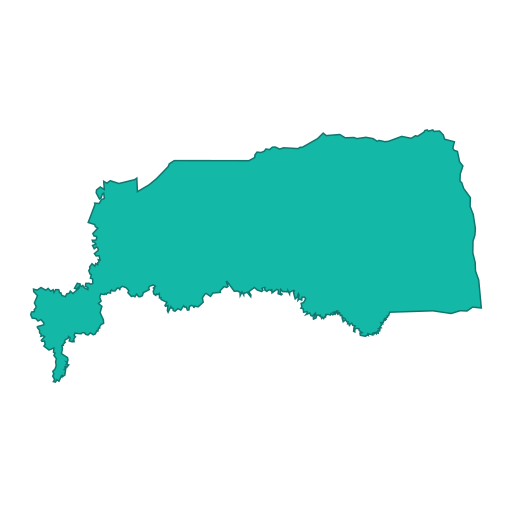 the district of Santuk, Kâmpóng Thum, Cambodia
{"feature_id": "14789045B50738302536957", "entity_name": "Santuk", "entity_type": "district", "adm_level": 2, "iso_a3": "KHM", "parent_name": "Cambodia", "parent_adm1": "Kâmpóng Thum", "projection": "natural_earth1", "projection_center": [105.23, 12.591], "detail": "fine", "context": "isolated", "style": "filled", "palette": "teal", "viewbox_px": 512, "rotation_deg": 0, "n_neighbors": 0, "source": "geoboundaries", "source_scale": "gbopen_adm2", "svg_char_len": 5945}
<svg xmlns="http://www.w3.org/2000/svg" viewBox="0 0 512 512"><path d="M481.3,308.0L478.7,280.0L475.5,271.0L475.2,262.6L472.8,252.9L473.0,241.1L474.9,235.2L475.4,228.6L473.2,214.4L470.1,206.4L470.4,197.7L463.7,188.5L461.8,182.8L460.0,181.0L460.2,174.1L462.9,166.0L459.6,161.8L457.4,151.4L454.3,150.4L452.8,148.3L454.4,141.8L444.6,139.2L443.3,135.0L439.5,131.0L433.9,131.4L432.8,129.9L428.3,131.2L427.3,129.9L424.9,130.5L423.9,132.2L417.5,136.3L415.5,135.7L411.2,138.3L401.7,136.4L388.5,141.3L384.9,141.7L379.0,140.4L377.2,141.3L373.1,138.6L365.9,137.3L356.9,138.6L353.9,137.5L345.2,137.8L339.7,134.5L326.2,135.6L323.2,133.1L317.5,138.7L302.1,147.4L300.2,147.2L298.1,148.6L283.4,147.8L279.7,149.1L275.3,147.0L272.4,147.2L269.5,149.6L265.9,149.0L264.3,151.2L261.1,152.5L257.0,152.1L255.0,154.8L254.7,157.5L248.9,160.7L174.3,160.6L169.3,163.8L168.3,166.5L156.6,178.6L149.1,184.8L137.4,191.7L136.8,178.1L134.8,179.6L119.0,183.5L110.2,180.7L106.9,183.2L103.7,181.3L104.3,189.5L100.3,187.0L96.5,190.0L96.2,192.8L99.5,199.0L100.8,198.3L102.6,193.6L103.7,193.2L104.4,198.4L101.4,199.7L99.2,203.5L94.7,203.1L95.0,204.5L88.2,222.5L94.7,224.5L95.3,226.6L97.8,228.1L92.8,233.6L94.0,236.0L96.0,236.3L96.9,237.7L95.8,240.2L92.2,240.2L92.8,241.9L94.6,242.3L95.9,244.2L92.5,245.4L94.2,248.8L96.7,246.9L98.1,248.4L98.2,250.4L94.4,253.6L96.2,256.0L99.0,255.7L100.1,260.1L98.3,259.7L99.0,261.8L97.6,262.9L97.7,264.7L95.7,263.6L94.8,266.2L92.0,263.7L89.6,267.0L90.0,268.4L88.8,270.6L90.0,274.0L91.3,274.5L90.4,278.2L92.6,278.9L92.8,283.4L90.8,284.3L89.2,283.3L85.8,283.4L85.4,286.1L88.0,287.7L87.8,289.6L84.5,287.9L82.8,285.5L81.5,286.5L80.2,285.6L80.1,284.0L77.3,283.3L74.5,288.3L76.4,289.0L79.3,286.4L79.0,288.2L72.9,293.5L70.3,291.1L69.4,293.2L66.8,293.8L65.4,296.6L61.9,295.5L60.8,292.8L59.6,292.7L58.7,289.7L55.6,289.6L54.0,292.5L53.1,289.7L50.7,291.2L48.1,288.4L45.8,290.2L41.0,287.5L37.2,290.1L33.5,289.1L33.7,291.6L37.5,295.6L34.4,303.0L36.1,306.4L35.8,307.9L34.3,309.5L34.4,311.6L31.6,312.0L30.7,314.6L32.2,318.1L35.9,318.6L38.0,321.0L41.0,319.6L44.0,323.3L43.7,324.8L37.4,326.6L37.4,327.6L39.5,330.2L39.6,332.9L41.4,334.6L40.8,336.3L43.1,335.7L44.6,336.7L41.3,340.3L41.9,341.3L44.5,341.2L45.1,344.2L43.9,346.1L49.0,350.0L53.9,348.0L53.5,352.3L55.1,353.1L53.9,355.4L56.4,358.7L55.6,361.8L56.2,365.6L55.1,369.0L52.8,371.3L53.8,373.9L52.7,376.1L54.6,379.5L53.4,381.6L55.5,382.1L56.8,379.8L59.0,381.2L61.3,376.1L62.0,377.0L62.5,375.5L63.2,376.2L64.8,375.1L65.6,369.7L64.4,369.4L65.3,368.7L65.1,367.3L65.7,367.8L66.0,366.6L66.6,367.5L68.7,364.9L66.3,364.2L67.4,362.9L66.4,361.9L67.2,362.1L68.0,360.1L67.5,357.6L61.4,353.6L62.5,348.7L61.9,345.6L63.2,345.4L62.8,344.7L65.2,342.3L64.4,341.7L65.3,339.7L68.1,338.3L68.5,336.5L70.1,337.9L69.2,340.9L71.9,341.8L72.9,340.5L72.5,341.7L74.1,341.7L73.8,338.7L75.5,336.8L74.2,335.6L74.9,333.2L81.1,333.8L82.2,332.7L84.4,332.7L85.7,334.4L88.0,335.0L90.4,332.8L93.3,334.8L95.2,334.0L96.8,330.9L97.8,331.1L98.6,328.1L99.7,328.0L99.7,326.4L101.3,324.3L103.6,323.4L103.4,319.8L100.1,312.7L101.9,306.3L98.4,303.5L101.1,301.2L99.7,297.2L100.7,293.9L104.2,294.6L105.0,293.6L106.2,294.4L107.7,292.7L110.5,293.1L110.5,291.0L111.6,290.0L111.9,290.8L115.0,291.0L117.4,288.0L119.2,288.4L119.8,290.1L120.1,287.8L122.4,286.3L126.2,287.7L128.8,290.6L127.9,292.7L131.4,296.5L133.4,295.9L134.9,296.8L136.6,294.1L138.6,296.6L140.0,296.8L142.4,295.7L143.3,292.6L149.3,289.6L148.6,287.8L149.7,286.2L153.3,284.9L155.4,286.3L153.4,288.0L154.4,288.6L153.2,291.3L153.8,294.0L155.8,295.4L156.5,294.0L157.8,294.6L159.3,293.5L159.5,297.9L161.0,297.7L161.1,299.5L166.9,302.3L165.0,305.5L165.5,306.3L167.9,305.5L167.4,310.6L168.1,312.2L170.8,306.7L171.2,308.0L173.1,308.5L173.2,310.5L175.0,311.2L177.9,308.6L180.8,310.1L183.7,305.7L184.7,307.1L186.2,307.1L187.4,310.1L188.9,310.0L189.4,306.5L191.3,305.4L193.7,306.3L193.8,307.9L194.6,306.2L198.2,306.8L203.2,302.2L202.4,297.8L205.2,293.8L206.4,293.6L210.5,296.4L212.9,293.0L220.4,292.4L220.2,290.6L224.1,286.6L226.7,287.4L228.1,286.4L226.4,281.8L227.0,281.4L234.3,291.3L237.5,291.0L240.0,292.3L240.2,295.6L242.0,291.9L243.7,295.0L243.8,293.4L247.2,292.3L250.7,296.7L250.9,295.0L248.8,291.7L254.4,287.5L257.4,290.1L261.7,291.5L263.0,290.2L262.0,288.4L262.8,287.9L264.9,287.5L264.8,290.0L266.9,291.4L269.0,289.6L271.1,290.7L271.7,289.0L272.0,292.9L276.9,289.4L278.5,290.2L278.1,293.7L281.3,294.9L282.1,294.1L280.2,292.9L280.8,289.4L282.6,291.6L287.3,291.8L287.7,290.2L289.6,294.1L289.8,292.1L293.6,290.4L294.4,290.8L293.5,292.5L295.2,298.9L297.5,296.8L298.4,293.7L299.0,294.7L298.0,300.2L299.3,298.9L301.7,300.1L302.0,297.2L304.5,297.1L305.7,298.8L303.6,302.5L301.1,303.4L301.9,306.7L300.9,308.1L303.2,308.8L303.6,312.2L307.0,311.7L307.3,312.9L306.1,314.5L309.7,313.0L311.0,315.7L312.3,316.1L315.5,313.0L315.6,314.7L313.3,317.6L313.5,319.1L315.9,318.1L316.9,315.2L318.4,315.0L319.5,315.9L320.1,315.1L321.7,318.4L322.4,317.3L323.7,318.6L324.5,316.9L325.5,317.1L325.9,313.9L326.2,315.1L327.5,314.3L330.3,315.0L331.0,313.5L332.5,314.8L334.6,314.1L333.0,312.4L334.7,311.9L335.6,313.6L336.5,310.9L337.6,311.0L336.8,312.2L337.9,314.3L338.8,313.6L337.6,312.3L339.6,312.6L340.3,315.6L341.8,315.3L342.1,317.1L343.9,318.1L342.2,318.2L343.2,321.7L345.5,319.8L347.1,321.9L348.2,321.9L347.6,323.8L349.0,323.8L349.6,326.2L349.7,324.3L351.7,323.2L352.8,325.4L355.1,326.0L354.0,327.5L353.6,331.3L354.8,331.9L354.8,329.4L355.9,328.4L358.8,328.6L359.3,330.6L362.1,332.7L359.9,333.1L360.4,335.3L365.5,336.3L367.1,335.0L368.4,335.5L367.9,333.6L372.3,334.9L372.7,333.2L373.9,333.0L374.0,334.1L374.9,332.7L376.2,333.7L376.3,331.6L376.6,332.7L378.2,333.2L378.0,330.8L379.7,330.9L379.9,329.6L378.6,328.6L381.1,327.8L380.0,326.9L381.8,324.7L380.9,322.9L382.6,323.6L382.3,322.5L383.1,322.6L384.3,319.3L385.1,321.0L385.0,320.1L386.2,319.4L385.5,318.3L387.4,317.2L387.2,315.9L388.6,315.7L389.6,312.2L432.9,310.8L451.1,313.5L460.2,310.7L467.0,311.0L472.6,307.1L481.3,308.0Z" fill="#14b8a6" stroke="#0f766e" stroke-width="1.5"/></svg>